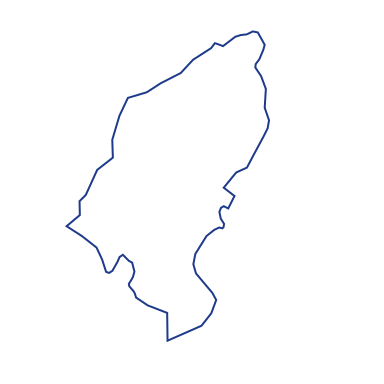 outline of Kocenu, rotated 245°
{"feature_id": "LVA-5788", "entity_name": "Kocenu", "entity_type": "Municipality", "adm_level": 1, "iso_a3": "LVA", "parent_name": "Latvia", "parent_adm1": "", "projection": "orthographic", "projection_center": [25.157, 57.529], "detail": "fine", "context": "isolated", "style": "outline", "palette": "blue", "viewbox_px": 384, "rotation_deg": 245, "n_neighbors": 0, "source": "natural_earth", "source_scale": "10m", "svg_char_len": 1089}
<svg xmlns="http://www.w3.org/2000/svg" viewBox="0 0 384 384"><g transform="rotate(245 192 192)"><path d="M83.9,168.3L73.9,158.2L66.8,144.1L67.6,107.0L92.9,118.4L108.0,103.9L120.0,96.7L124.1,97.3L126.8,97.1L133.1,95.3L135.5,96.0L137.2,98.7L139.8,102.4L144.2,106.2L153.3,107.9L156.3,105.7L164.3,102.8L163.7,98.9L160.1,94.8L154.2,86.5L153.7,82.6L156.0,80.4L168.7,82.0L182.0,82.0L198.4,73.7L214.0,63.9L218.5,80.6L231.2,86.2L234.2,94.5L252.1,115.4L256.6,134.8L273.0,141.8L291.7,158.4L304.4,173.7L301.5,193.2L303.8,209.8L304.6,232.1L311.4,248.8L314.3,270.1L317.2,275.6L316.1,276.9L311.1,281.8L314.4,296.8L313.6,302.7L311.7,308.3L311.8,315.0L308.8,319.1L294.7,320.1L290.7,316.7L283.9,309.2L281.0,303.8L278.1,302.0L267.7,303.6L254.2,302.5L237.6,293.5L224.4,292.1L217.8,287.5L212.0,280.2L200.0,264.1L190.9,252.1L191.0,240.3L182.5,222.6L170.4,228.8L161.8,217.9L165.7,214.8L165.4,211.6L162.4,208.4L155.6,206.8L149.5,207.6L146.6,205.5L146.3,204.0L148.3,201.7L148.3,196.3L146.0,186.6L134.5,168.9L126.0,162.7L116.5,161.2L92.0,167.8L83.9,168.3Z" fill="none" stroke="#1e3a8a" stroke-width="2"/></g></svg>